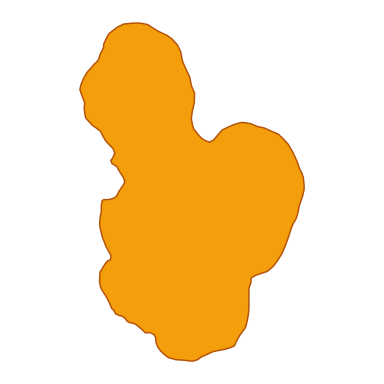 Kartala, Andjazîdja, Comoros
{"feature_id": "10938185B58200193875213", "entity_name": "Kartala", "entity_type": "district", "adm_level": 2, "iso_a3": "COM", "parent_name": "Comoros", "parent_adm1": "Andjazîdja", "projection": "natural_earth1", "projection_center": [43.364, -11.764], "detail": "fine", "context": "isolated", "style": "filled", "palette": "amber", "viewbox_px": 384, "rotation_deg": 0, "n_neighbors": 0, "source": "geoboundaries", "source_scale": "gbopen_adm2", "svg_char_len": 2323}
<svg xmlns="http://www.w3.org/2000/svg" viewBox="0 0 384 384"><path d="M163.7,354.0L168.4,357.6L175.9,359.7L183.9,360.2L190.2,361.0L193.4,361.0L197.5,359.7L201.6,356.8L208.6,353.7L212.9,351.7L217.7,350.6L225.0,349.3L231.1,347.3L233.8,346.2L234.7,345.5L236.1,341.9L239.5,335.7L242.7,331.3L244.8,328.7L246.1,325.6L247.3,320.2L248.4,314.3L248.9,308.6L248.9,299.1L248.9,289.5L249.4,286.9L250.1,285.1L251.0,282.0L251.0,278.9L251.9,277.4L255.8,275.3L260.1,273.8L267.1,271.5L273.0,266.6L277.6,260.6L281.7,253.9L285.1,246.4L286.9,241.3L288.8,236.1L290.8,229.7L291.5,227.6L293.3,223.5L296.1,218.6L298.1,212.4L298.8,208.3L299.3,205.7L302.5,196.4L304.1,189.5L304.1,185.3L303.6,180.4L303.4,177.9L302.1,173.7L299.3,168.1L297.5,162.7L295.3,157.5L292.8,152.3L288.3,144.4L283.1,138.7L278.1,134.0L272.6,131.7L264.0,127.9L257.6,126.6L251.1,123.8L244.9,122.7L241.1,122.5L234.7,124.3L228.1,127.1L222.2,130.0L217.9,134.9L213.6,140.0L209.5,142.1L205.6,140.8L201.8,138.5L198.4,134.9L193.8,129.0L192.7,126.1L191.3,118.6L192.3,111.2L194.3,102.9L194.6,93.1L191.6,86.2L189.6,76.9L187.1,71.5L182.6,61.7L180.6,51.6L177.4,44.9L171.5,38.5L166.5,35.1L158.6,31.5L152.0,27.4L147.7,24.6L141.6,23.3L137.3,23.0L130.9,23.3L123.6,24.1L117.7,26.9L112.5,30.8L109.1,33.6L107.0,37.0L103.8,43.9L103.4,48.1L100.0,54.5L98.8,58.9L96.5,62.3L94.0,64.3L91.3,67.7L87.7,71.5L85.4,75.1L83.3,79.0L80.8,85.2L79.9,89.6L82.6,97.3L84.7,102.5L84.2,108.4L84.9,114.3L85.8,118.2L88.3,120.8L91.9,124.9L97.6,129.0L100.3,131.1L102.5,135.2L105.0,139.8L108.7,144.2L113.0,148.6L114.8,153.0L113.4,156.6L110.9,160.7L112.0,163.6L116.6,166.4L119.7,171.8L123.1,177.0L124.5,180.3L124.5,183.1L121.7,187.3L118.8,191.6L116.7,196.0L114.0,198.1L109.9,199.4L107.9,199.6L103.8,199.6L102.2,200.7L101.3,205.3L101.3,211.8L100.3,216.1L99.6,224.7L100.3,228.5L101.4,233.2L102.3,237.0L104.4,242.2L106.0,246.6L107.8,249.7L109.1,252.2L110.9,255.3L110.9,257.6L110.2,260.2L108.2,260.5L105.9,262.8L104.1,265.4L102.5,268.2L100.0,272.1L99.8,275.7L99.5,281.1L100.2,285.7L101.6,289.6L103.1,291.9L105.4,295.3L108.8,301.5L111.7,308.4L113.6,310.2L115.6,313.8L119.0,315.4L121.7,315.9L125.3,318.5L126.7,320.8L128.8,322.3L133.7,323.4L136.2,324.7L140.8,328.5L145.5,332.9L148.0,332.6L151.0,332.9L154.6,335.2L155.7,338.0L156.2,343.2L157.8,347.1L160.0,350.2L163.7,354.0Z" fill="#f59e0b" stroke="#b45309" stroke-width="1.5"/></svg>